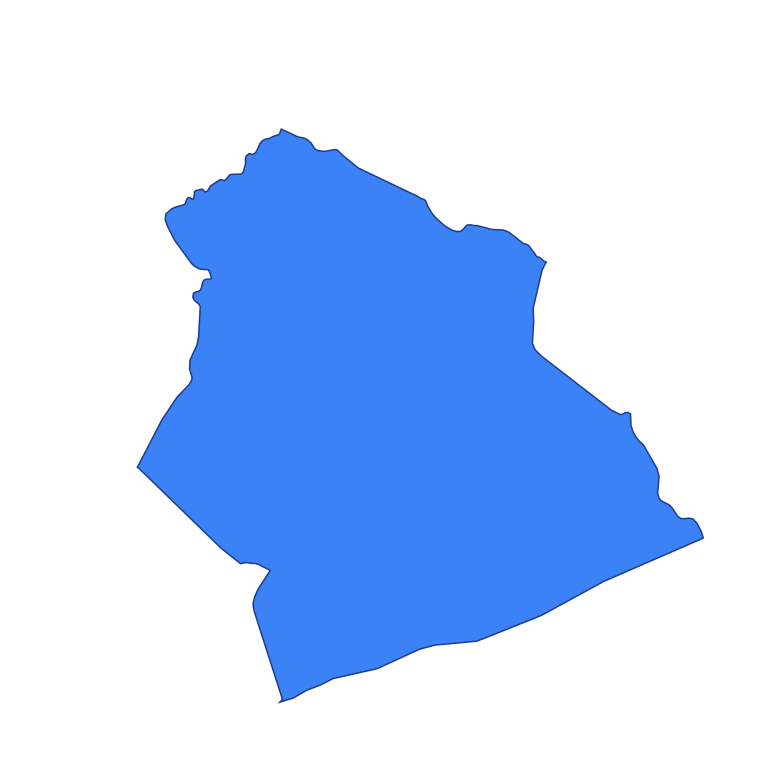 outline of Alibori, rotated 343°
{"feature_id": "BEN-2170", "entity_name": "Alibori", "entity_type": "Department", "adm_level": 1, "iso_a3": "BEN", "parent_name": "Benin", "parent_adm1": "", "projection": "orthographic", "projection_center": [2.909, 11.459], "detail": "fine", "context": "isolated", "style": "filled", "palette": "blue", "viewbox_px": 768, "rotation_deg": 343, "n_neighbors": 0, "source": "natural_earth", "source_scale": "10m", "svg_char_len": 2535}
<svg xmlns="http://www.w3.org/2000/svg" viewBox="0 0 768 768"><g transform="rotate(343 384 384)"><path d="M574.7,314.8L568.4,321.4L548.7,355.4L545.3,368.5L543.5,373.0L537.8,388.6L538.4,395.3L542.6,403.2L593.9,475.7L600.9,482.2L603.2,482.6L605.9,482.1L606.3,482.1L608.6,482.3L611.0,484.6L608.1,495.9L608.1,502.2L609.3,508.0L611.4,513.3L614.3,518.3L620.3,544.3L620.0,552.9L613.8,568.2L613.5,573.3L615.0,576.7L617.3,579.1L619.8,581.3L621.9,583.8L623.4,586.9L626.1,596.4L628.8,599.6L632.5,600.7L636.5,601.5L640.2,603.6L642.8,609.2L644.2,617.7L644.3,624.7L644.2,624.7L535.8,637.1L466.9,651.3L397.8,657.1L356.0,648.5L340.3,648.0L294.4,654.2L249.3,650.8L234.7,653.3L220.3,654.3L205.3,657.8L191.5,657.8L194.7,656.0L193.4,563.3L194.0,558.5L195.0,554.9L198.0,549.8L203.7,543.3L220.7,529.1L211.4,520.1L208.0,517.7L207.3,517.5L206.0,517.3L204.5,516.7L203.1,515.9L200.6,514.7L197.1,514.0L194.3,513.9L180.3,493.6L125.0,393.1L123.7,391.6L161.3,353.2L182.2,336.1L197.5,327.6L201.5,323.7L202.5,321.0L202.3,317.8L202.5,312.7L205.5,304.4L216.5,292.1L220.5,284.6L230.9,256.4L230.3,253.5L227.0,248.4L226.6,245.2L228.3,241.5L230.7,240.9L233.3,241.2L235.8,240.5L237.7,238.4L240.0,234.2L242.0,232.1L244.8,231.8L247.8,232.9L249.9,232.5L250.1,227.5L249.5,223.8L247.6,222.5L244.9,221.8L241.9,220.4L239.0,218.0L236.9,215.6L235.3,212.7L225.8,185.4L223.0,169.2L222.8,162.6L225.3,157.5L232.2,154.4L236.1,153.9L242.7,154.1L246.3,153.8L247.0,153.0L249.3,149.8L250.8,148.7L252.9,149.2L254.5,150.9L256.0,151.4L257.6,148.3L258.9,144.7L260.9,143.9L263.6,144.3L267.0,144.5L267.8,145.1L268.2,146.7L269.1,148.0L271.2,147.9L272.8,146.9L275.4,144.4L276.7,143.6L286.8,140.8L288.0,141.0L290.4,142.5L291.8,142.6L293.5,141.8L297.0,139.2L298.9,138.8L309.0,141.5L311.5,140.0L315.5,133.7L316.5,131.5L317.0,129.2L317.8,127.1L319.4,125.4L322.5,124.2L325.5,126.2L328.4,125.5L331.0,123.3L335.6,117.9L338.7,115.8L341.5,115.3L347.2,115.5L350.2,114.9L356.9,114.6L360.3,110.2L373.9,122.5L379.7,125.6L382.6,128.7L384.8,132.3L386.6,138.9L388.9,141.3L392.1,142.9L395.4,144.2L404.9,145.3L407.2,146.0L408.3,147.5L411.1,152.9L422.6,170.0L471.6,214.9L472.5,216.4L476.4,219.4L477.3,220.9L478.0,227.2L479.4,233.8L481.5,239.1L488.0,250.1L492.1,254.8L494.5,257.1L498.0,259.4L502.0,260.5L505.8,258.7L509.8,256.3L513.1,256.9L516.2,258.7L519.4,259.7L532.2,267.7L542.6,271.4L545.8,273.6L548.1,275.8L557.7,289.5L559.6,291.2L561.2,292.1L562.5,293.3L563.5,295.6L565.0,300.2L566.0,302.4L566.6,305.0L567.6,307.2L570.0,308.5L572.7,313.1L574.7,314.8Z" fill="#3b82f6" stroke="#1e3a8a" stroke-width="1.5"/></g></svg>